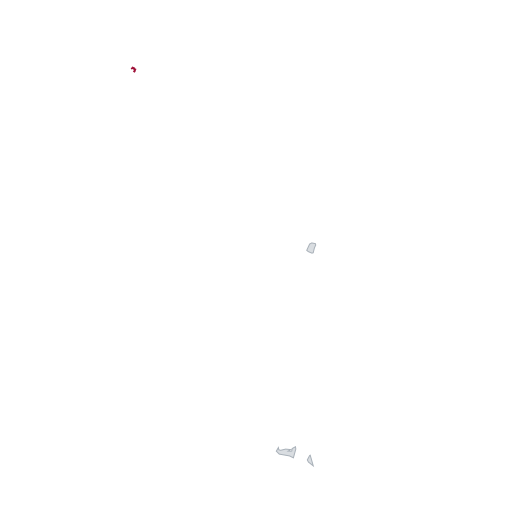 location of Niuafo'ou, Tonga, rotated 342°
{"feature_id": "48082658B75580171821310", "entity_name": "Niuafo'ou", "entity_type": "district", "adm_level": 2, "iso_a3": "TON", "parent_name": "Tonga", "parent_adm1": "", "projection": "orthographic", "projection_center": [-175.613, -15.598], "detail": "fine", "context": "in_parent", "style": "filled", "palette": "rose", "viewbox_px": 512, "rotation_deg": 342, "n_neighbors": 0, "source": "geoboundaries", "source_scale": "gbopen_adm2", "svg_char_len": 1092}
<svg xmlns="http://www.w3.org/2000/svg" viewBox="0 0 512 512"><g transform="rotate(342 256 256)"><path d="M228.9,452.5L229.8,452.5L230.9,450.3L234.6,449.6L234.2,451.9L229.2,459.5L226.1,456.5L216.9,451.6L215.0,447.9L218.1,445.1L217.8,447.3L219.3,448.4L224.5,448.8L229.1,450.8L226.3,451.5L228.9,452.5ZM314.1,266.3L311.4,270.6L310.1,270.6L307.1,268.0L306.0,266.3L310.7,261.2L313.1,260.8L316.3,262.6L316.2,264.0L314.1,266.3ZM246.0,462.2L245.6,473.3L242.2,468.2L241.8,465.8L245.3,462.4L246.0,462.2Z" fill="#d9dde1" stroke="#a8b0b8" stroke-width="1"/><path d="M197.9,42.8L198.1,42.5L198.2,42.4L198.3,42.2L198.4,41.9L198.5,41.8L198.4,41.8L198.4,41.7L198.5,41.6L198.6,41.4L198.6,41.2L198.6,40.9L198.6,40.6L198.6,40.4L198.5,40.1L198.4,39.9L198.2,39.7L198.0,39.4L197.7,39.2L197.2,38.8L197.1,38.7L196.9,39.2L196.6,39.0L196.3,39.0L196.1,39.0L195.7,39.1L195.7,39.3L196.0,39.3L196.3,39.3L196.6,39.4L196.9,39.4L197.2,39.8L197.5,40.1L197.7,40.4L197.8,40.7L197.8,40.8L197.9,41.3L197.7,42.1L197.5,42.5L197.0,42.7L197.3,43.2L197.7,43.0L197.9,42.8Z" fill="#f43f5e" stroke="#9f1239" stroke-width="1.5"/></g></svg>